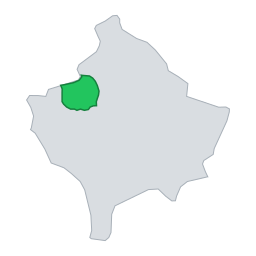 Kosovo, with Istok highlighted
{"feature_id": "KOS-5887", "entity_name": "Istok", "entity_type": "District", "adm_level": 1, "iso_a3": "XKX", "parent_name": "Kosovo", "parent_adm1": "", "projection": "albers", "projection_center": [20.485, 42.778], "detail": "fine", "context": "in_parent", "style": "filled", "palette": "green", "viewbox_px": 256, "rotation_deg": 0, "n_neighbors": 0, "source": "natural_earth", "source_scale": "10m", "svg_char_len": 1319}
<svg xmlns="http://www.w3.org/2000/svg" viewBox="0 0 256 256"><path d="M63.7,84.7L78.3,80.0L80.4,76.6L77.1,69.3L79.0,64.7L96.4,51.7L99.3,45.8L100.3,41.2L98.0,36.3L94.7,28.6L96.3,25.4L105.3,21.0L112.6,15.8L117.0,15.4L119.7,19.1L119.7,22.9L122.1,29.4L127.5,32.8L136.6,38.5L147.0,42.3L155.3,50.0L166.6,63.9L168.3,70.7L178.5,76.8L187.9,83.6L186.6,96.4L218.7,107.2L225.9,107.0L229.4,108.9L229.3,111.9L226.9,120.9L214.2,148.6L213.2,154.4L203.8,160.5L202.5,164.0L205.3,171.5L207.8,176.8L207.6,176.8L187.4,181.5L180.6,186.8L176.6,196.0L175.4,200.8L171.8,200.9L165.8,196.3L158.2,189.0L148.4,189.6L115.0,205.8L111.7,214.3L111.0,232.5L108.8,237.5L105.2,240.6L91.3,238.7L89.8,237.5L91.7,230.5L90.9,215.2L84.7,189.8L80.2,181.5L71.1,173.3L64.0,167.8L51.2,163.0L44.8,149.0L35.2,133.2L30.5,129.6L31.3,128.0L33.6,116.1L30.8,107.4L26.6,100.0L29.6,95.5L38.4,95.6L45.8,96.4L48.5,89.4L63.7,84.7Z" fill="#d9dde1" stroke="#a8b0b8" stroke-width="1"/><path d="M63.8,84.8L73.5,82.7L79.1,80.3L81.8,76.8L81.3,75.2L82.6,75.4L89.5,76.0L92.7,78.1L95.3,81.3L97.3,85.5L99.0,91.1L98.5,95.1L97.6,97.7L96.3,101.7L96.5,105.7L93.5,105.8L90.2,107.0L88.4,109.5L84.4,110.3L80.5,109.1L76.9,110.3L74.5,109.1L70.6,109.1L66.6,107.0L63.6,104.1L62.1,101.7L62.1,97.6L62.1,93.0L62.2,88.9L60.7,85.3L63.8,84.8Z" fill="#22c55e" stroke="#15803d" stroke-width="1.5"/></svg>